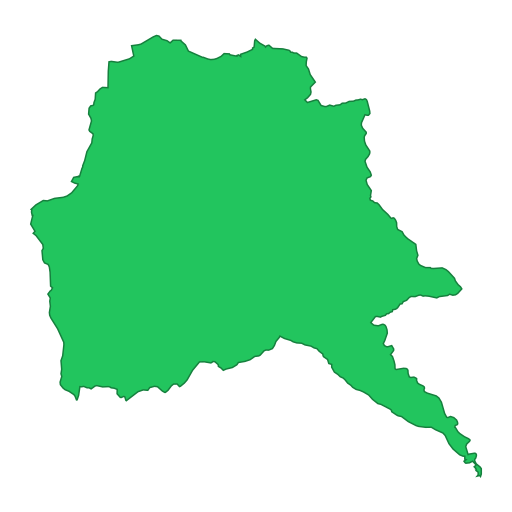 Cáqueza, Cundinamarca, Colombia
{"feature_id": "7082276B82562471166978", "entity_name": "Cáqueza", "entity_type": "district", "adm_level": 2, "iso_a3": "COL", "parent_name": "Colombia", "parent_adm1": "Cundinamarca", "projection": "orthographic", "projection_center": [-73.917, 4.395], "detail": "fine", "context": "isolated", "style": "filled", "palette": "green", "viewbox_px": 512, "rotation_deg": 0, "n_neighbors": 0, "source": "geoboundaries", "source_scale": "gbopen_adm2", "svg_char_len": 5956}
<svg xmlns="http://www.w3.org/2000/svg" viewBox="0 0 512 512"><path d="M461.8,288.9L460.5,286.8L458.1,284.7L455.3,280.8L454.5,278.3L448.4,271.6L445.9,269.6L442.2,267.9L433.5,268.5L431.1,268.4L430.3,267.6L425.5,267.6L420.6,265.5L418.9,264.2L417.2,261.1L416.6,258.5L417.9,255.3L416.6,250.9L415.8,244.4L407.9,238.9L405.7,236.9L403.9,235.0L402.1,231.7L397.7,229.5L396.7,226.7L396.6,222.8L395.6,220.2L394.3,218.3L393.1,217.8L391.8,218.4L390.8,218.0L387.8,214.4L382.5,209.5L379.0,204.7L377.2,203.0L374.6,202.7L372.8,201.0L370.4,200.2L369.8,198.3L370.9,196.9L370.5,195.5L371.3,190.6L367.2,184.5L366.0,180.2L367.1,177.9L370.5,176.6L371.3,175.2L370.2,171.9L367.0,167.2L365.0,161.3L365.6,159.3L368.0,156.6L369.4,154.2L369.8,152.9L369.8,151.1L365.8,145.0L364.5,141.2L364.2,137.3L364.6,135.8L366.2,133.5L366.2,132.2L362.7,128.3L361.3,125.2L361.5,122.7L365.0,114.7L367.3,115.3L368.5,115.2L369.9,113.5L369.7,111.1L367.2,101.3L366.4,99.6L365.0,98.8L362.4,99.7L360.5,99.2L358.3,99.9L355.9,100.1L353.4,101.2L349.2,101.4L345.7,103.1L342.2,103.2L340.1,104.8L335.8,105.3L333.9,106.3L329.7,105.1L326.5,106.5L325.0,106.6L321.1,105.5L318.0,100.4L316.3,99.8L307.4,102.5L304.8,99.8L307.5,97.8L310.5,94.4L311.0,92.0L310.4,88.7L310.5,87.0L315.3,82.1L310.2,74.6L308.5,69.1L306.1,65.6L306.3,61.8L307.0,58.2L306.3,57.2L304.3,57.2L301.4,56.5L296.7,53.1L293.6,53.0L292.6,52.3L290.6,52.2L290.1,51.1L289.0,50.3L282.9,48.9L272.6,48.4L268.9,45.2L267.0,45.7L265.5,47.0L265.3,46.3L259.7,43.1L255.4,39.3L254.7,40.7L254.1,47.1L252.6,48.0L252.5,49.4L247.2,52.0L240.6,54.3L240.7,56.4L238.5,54.9L236.9,55.5L236.9,56.2L229.9,54.8L229.4,53.9L224.1,53.6L221.1,56.4L216.9,58.5L214.2,59.3L210.7,59.6L207.8,59.0L203.3,57.3L202.6,57.4L188.4,51.1L185.4,44.9L181.1,41.1L180.9,40.3L173.1,40.2L170.1,42.9L167.0,40.7L161.9,39.2L159.0,36.1L156.5,35.5L153.2,36.9L141.0,44.1L138.3,44.8L131.6,45.7L133.8,56.1L129.5,58.8L118.8,62.1L117.6,62.3L111.3,61.4L109.0,61.8L108.3,71.1L108.0,87.7L102.5,87.4L100.0,89.0L97.5,91.7L95.6,93.0L95.2,99.3L94.0,102.5L93.7,104.8L93.0,105.4L90.7,105.9L89.1,108.2L88.6,114.1L91.0,118.4L91.5,121.0L89.0,129.9L89.7,131.3L93.0,133.8L93.2,135.6L92.2,138.9L91.8,142.9L86.9,151.7L84.7,160.6L82.7,165.8L82.7,167.1L82.0,168.3L79.7,176.0L79.3,176.7L78.4,176.2L78.1,176.9L77.1,176.7L73.7,177.4L71.5,181.5L74.7,183.1L78.1,184.0L77.7,185.6L71.7,192.8L67.1,196.0L63.3,197.3L54.5,198.4L47.4,200.9L43.3,200.5L35.9,204.9L31.1,209.4L31.8,209.9L31.5,212.0L32.2,215.4L32.8,215.4L30.7,224.1L35.0,231.3L33.2,233.3L36.0,235.5L42.8,244.5L43.3,248.3L42.0,250.6L42.8,259.7L44.5,262.9L48.1,264.4L49.3,266.8L50.1,272.2L50.6,286.1L52.5,287.8L51.2,290.4L50.3,290.9L47.9,294.1L50.3,298.0L49.8,301.2L50.4,306.3L49.4,312.5L49.7,315.2L50.9,318.0L57.6,328.7L63.8,342.3L63.9,344.8L62.7,355.8L61.0,360.7L61.7,369.3L61.0,373.8L61.8,376.4L60.1,382.1L60.4,384.7L63.1,388.1L65.1,389.7L69.0,391.3L73.9,394.6L75.1,396.3L76.5,399.9L77.0,399.9L77.3,399.3L78.6,395.4L79.9,386.6L81.4,386.8L83.8,386.4L87.1,387.8L89.2,387.8L91.1,388.9L95.1,386.0L96.8,385.6L102.7,386.9L108.3,386.6L109.8,386.9L111.1,387.8L114.2,388.2L117.2,389.4L117.1,393.8L120.3,397.4L121.3,397.5L123.4,396.5L124.3,396.6L124.9,397.0L125.8,400.2L126.3,400.7L138.0,391.7L143.2,389.9L147.8,390.3L149.7,387.6L154.4,386.3L157.5,386.7L162.3,391.0L164.7,392.4L165.4,392.4L168.0,390.3L171.3,385.9L173.5,384.1L177.1,384.0L179.5,386.6L180.4,386.3L184.3,383.1L187.1,379.9L192.6,370.2L199.5,361.9L204.4,361.8L210.8,362.9L211.8,362.5L212.8,361.5L214.9,361.7L218.2,364.6L218.4,366.4L221.0,368.0L223.3,370.3L226.2,369.0L232.4,367.5L236.8,364.8L238.4,362.5L244.9,361.4L250.1,359.7L254.8,356.4L258.8,355.9L260.2,355.1L264.1,350.8L265.9,350.0L268.7,350.1L272.4,348.6L274.4,345.5L275.9,341.5L279.2,337.5L279.9,336.1L284.5,338.5L290.8,340.4L293.1,341.8L296.8,342.9L301.6,343.2L305.0,344.9L311.0,346.1L314.1,347.9L316.9,348.6L319.3,351.4L322.8,354.0L323.1,355.8L323.6,356.7L327.6,359.5L328.8,363.5L331.7,364.4L331.7,367.2L334.4,372.1L338.0,374.5L340.2,376.7L343.1,378.0L344.9,379.6L347.7,383.1L350.8,385.2L352.7,387.3L356.1,389.4L360.0,390.4L363.4,391.9L368.7,395.0L372.5,399.3L377.9,403.6L380.8,404.3L390.1,409.1L391.5,410.3L391.7,411.7L396.6,415.0L398.1,415.8L401.5,416.5L408.3,421.6L416.1,425.6L418.6,426.4L425.7,427.3L431.3,427.2L435.5,429.7L442.9,433.0L445.2,435.5L449.0,443.7L453.1,449.1L459.7,454.8L463.1,456.2L464.8,456.2L464.8,459.2L466.1,459.7L464.0,461.2L465.0,462.6L465.8,463.2L469.5,462.8L472.6,461.2L476.2,465.0L474.2,466.8L475.7,468.1L475.5,468.8L476.0,469.0L476.3,469.9L476.0,470.5L477.9,471.9L478.2,472.8L478.1,475.0L477.2,476.1L479.7,475.5L480.5,476.5L481.3,474.0L481.3,468.7L480.2,467.1L476.2,463.8L474.7,460.9L474.7,459.4L475.7,458.1L476.4,455.7L476.3,454.2L475.3,453.3L474.5,453.2L469.1,454.1L468.1,454.6L465.7,446.6L466.7,444.0L469.5,441.3L470.0,440.5L469.9,439.8L468.5,438.7L464.4,436.7L459.7,433.5L457.8,431.6L455.5,427.7L454.8,427.3L455.2,425.5L457.3,424.6L457.7,423.8L457.5,422.2L456.6,420.1L453.8,417.6L450.5,416.5L447.9,417.6L446.7,417.3L444.6,413.4L441.4,402.2L438.9,398.0L436.2,395.9L427.2,393.1L424.4,391.6L423.9,389.9L424.5,388.1L424.2,386.9L423.0,385.9L419.4,384.3L417.6,383.0L416.5,380.3L416.7,378.8L416.0,378.1L413.9,377.1L410.8,377.5L409.3,376.9L408.1,373.5L407.9,370.2L407.2,369.1L406.1,368.5L403.6,368.3L396.3,369.5L395.4,369.2L395.0,368.4L394.9,364.8L394.0,361.0L392.4,356.4L390.5,354.7L393.6,350.5L393.7,349.0L391.7,345.6L387.7,346.8L386.5,346.7L384.4,345.6L383.3,343.5L384.7,340.7L387.3,333.2L387.0,329.8L386.0,326.7L385.1,325.3L383.6,324.4L382.3,324.3L378.3,325.8L373.8,325.2L370.8,322.6L375.4,316.6L377.0,316.4L380.6,317.1L381.6,316.4L385.4,315.3L386.6,313.8L388.6,313.6L390.0,312.3L392.3,311.6L392.7,309.7L395.2,309.3L396.6,308.6L397.7,307.6L400.1,304.0L402.0,303.8L403.3,301.6L406.6,300.3L409.2,297.5L411.0,296.5L415.2,296.6L418.8,295.2L420.6,295.0L423.1,296.1L425.2,295.8L429.0,296.2L436.8,297.9L439.2,296.6L447.6,295.5L449.6,294.2L452.8,295.2L455.5,294.8L457.7,293.4L461.8,288.9Z" fill="#22c55e" stroke="#15803d" stroke-width="1.5"/></svg>